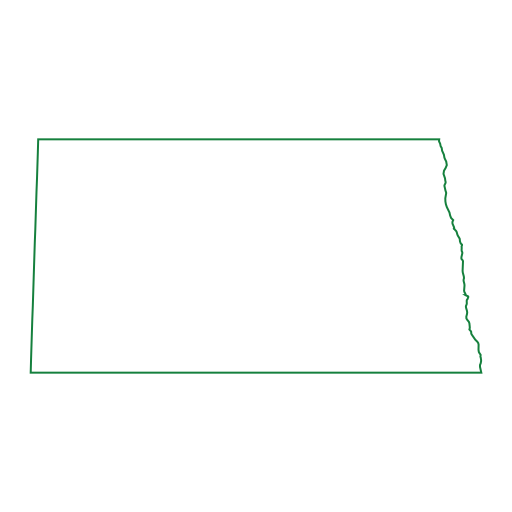 outline of North Dakota
{"feature_id": "USA-3516", "entity_name": "North Dakota", "entity_type": "State", "adm_level": 1, "iso_a3": "USA", "parent_name": "United States of America", "parent_adm1": "", "projection": "equal_earth", "projection_center": [-98.519, 47.467], "detail": "fine", "context": "isolated", "style": "outline", "palette": "green", "viewbox_px": 512, "rotation_deg": 0, "n_neighbors": 0, "source": "natural_earth", "source_scale": "10m", "svg_char_len": 2810}
<svg xmlns="http://www.w3.org/2000/svg" viewBox="0 0 512 512"><path d="M38.2,139.3L42.8,139.3L55.7,139.3L68.7,139.3L81.6,139.3L94.5,139.3L107.4,139.3L120.3,139.3L133.3,139.3L146.2,139.3L159.1,139.3L172.0,139.3L184.9,139.3L195.9,139.3L197.9,139.3L210.8,139.3L223.7,139.3L236.6,139.3L249.5,139.3L262.5,139.3L275.4,139.3L288.3,139.3L301.2,139.3L314.1,139.3L327.1,139.3L340.0,139.3L352.9,139.3L365.8,139.3L378.7,139.3L391.7,139.3L404.6,139.3L417.5,139.3L430.4,139.3L439.2,139.3L439.0,141.1L439.5,142.4L440.1,143.5L440.3,144.5L440.6,146.0L440.9,146.7L441.4,147.4L441.7,148.0L442.1,150.7L443.9,154.7L444.4,157.6L444.9,158.9L446.2,161.5L446.8,165.1L445.6,168.0L444.0,170.7L443.5,173.9L445.0,178.3L445.3,180.7L445.6,181.9L445.6,182.7L445.3,183.5L444.6,184.9L444.4,185.8L445.5,190.7L445.9,191.8L446.2,193.0L445.3,198.3L445.4,201.4L445.9,204.3L446.8,207.0L449.5,212.6L450.1,215.4L451.1,218.0L453.2,220.1L452.4,222.0L452.5,223.7L454.1,227.4L454.1,227.9L453.8,228.4L453.9,228.8L454.1,228.9L454.3,229.0L454.5,229.1L454.6,229.3L454.8,229.6L456.2,231.1L456.7,232.1L457.4,234.7L458.2,236.3L459.0,237.5L459.7,238.8L460.0,241.5L460.8,243.6L461.7,244.3L462.0,244.7L462.0,245.2L461.9,245.6L461.7,246.0L461.6,246.3L461.7,248.1L461.6,249.6L461.7,251.0L462.3,252.3L462.3,253.4L461.4,257.2L461.4,258.8L461.7,259.2L462.2,259.8L462.7,260.4L463.0,261.2L462.6,270.9L462.8,272.6L463.8,276.4L464.0,278.0L463.9,278.6L463.7,279.2L463.6,280.0L463.6,280.9L464.4,284.1L464.5,285.6L464.1,290.6L464.3,291.7L464.6,292.4L465.3,293.6L465.6,294.6L465.6,295.1L465.4,295.1L465.7,295.3L466.4,295.5L467.0,295.9L467.7,296.1L468.1,296.4L468.3,296.9L468.2,297.3L468.0,297.6L467.7,298.8L466.9,299.9L466.7,300.7L466.8,303.3L466.7,304.1L466.5,304.7L466.0,305.9L465.9,306.7L466.1,307.9L466.9,310.6L467.2,312.3L467.0,314.0L466.3,316.7L466.4,318.4L467.0,319.5L468.9,321.9L469.4,323.4L469.7,326.3L469.8,327.9L469.4,329.5L469.8,330.0L470.7,331.0L471.1,331.6L471.2,332.2L471.2,332.9L471.3,333.7L471.7,334.5L475.2,339.6L477.3,341.7L478.2,343.0L478.6,344.6L478.5,349.7L478.7,351.2L478.9,352.1L479.2,352.7L480.6,354.8L480.6,355.3L480.5,355.9L480.4,356.8L480.7,357.3L481.1,360.1L481.1,361.1L480.7,363.3L480.0,365.0L480.0,366.9L481.3,372.7L467.3,372.7L453.2,372.7L439.2,372.7L425.2,372.7L411.2,372.7L397.2,372.7L383.2,372.7L369.1,372.7L355.1,372.7L341.1,372.7L327.1,372.7L313.1,372.7L299.1,372.7L285.0,372.7L271.0,372.7L257.0,372.7L243.0,372.7L229.0,372.7L215.0,372.7L201.0,372.7L186.9,372.7L172.9,372.7L158.9,372.7L144.9,372.7L130.9,372.7L116.9,372.7L102.8,372.7L88.8,372.7L74.8,372.7L60.8,372.7L46.8,372.7L30.7,372.7L31.1,357.8L31.5,344.9L31.9,332.0L32.3,319.1L32.8,306.2L33.2,293.4L33.6,280.5L34.0,267.7L34.4,255.0L34.8,242.2L35.3,229.5L35.7,216.8L36.1,204.1L36.5,191.5L37.0,178.8L37.4,166.2L37.8,153.6L38.2,139.3Z" fill="none" stroke="#15803d" stroke-width="2"/></svg>